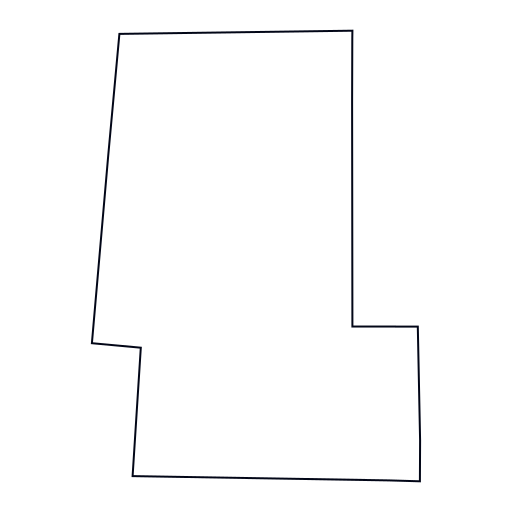 Union, Ohio, United States of America (orthographic projection)
{"feature_id": "52423323B76161760058948", "entity_name": "Union", "entity_type": "district", "adm_level": 2, "iso_a3": "USA", "parent_name": "United States of America", "parent_adm1": "Ohio", "projection": "orthographic", "projection_center": [-83.327, 40.307], "detail": "fine", "context": "isolated", "style": "outline", "palette": "ink", "viewbox_px": 512, "rotation_deg": 0, "n_neighbors": 0, "source": "geoboundaries", "source_scale": "gbopen_adm2", "svg_char_len": 302}
<svg xmlns="http://www.w3.org/2000/svg" viewBox="0 0 512 512"><path d="M420.1,440.6L417.8,326.6L352.4,326.5L352.1,101.7L352.3,37.5L352.4,30.7L206.6,32.7L119.4,33.9L108.3,154.7L91.9,343.2L140.8,347.7L132.6,476.1L388.9,480.4L419.9,481.3L420.1,440.6Z" fill="none" stroke="#020617" stroke-width="2"/></svg>